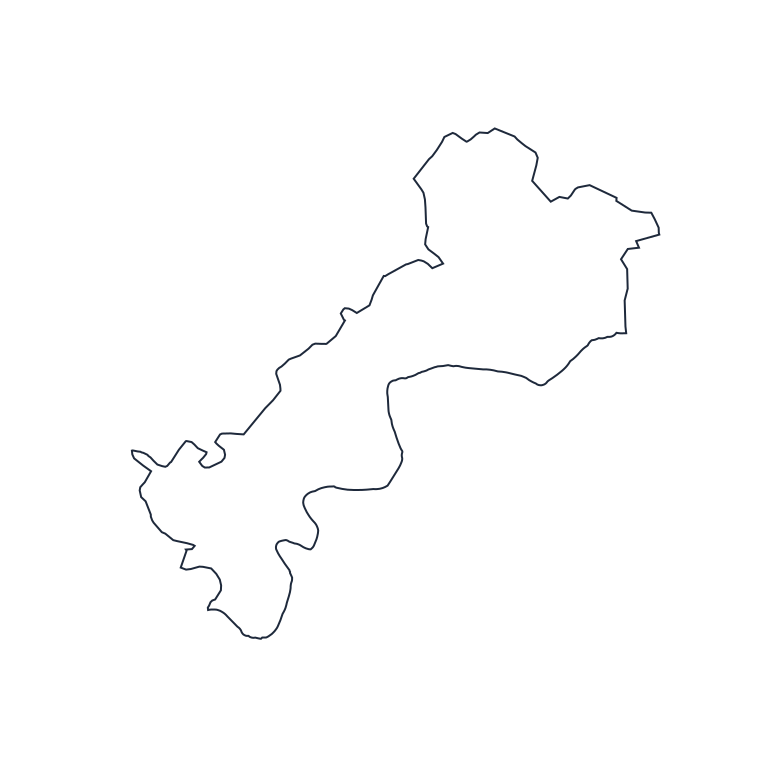 Samannud, Al Gharbiyah, Egypt, rotated 32°
{"feature_id": "37247803B28688372464969", "entity_name": "Samannud", "entity_type": "district", "adm_level": 2, "iso_a3": "EGY", "parent_name": "Egypt", "parent_adm1": "Al Gharbiyah", "projection": "albers", "projection_center": [31.248, 30.95], "detail": "fine", "context": "isolated", "style": "outline", "palette": "slate", "viewbox_px": 768, "rotation_deg": 32, "n_neighbors": 0, "source": "geoboundaries", "source_scale": "gbopen_adm2", "svg_char_len": 6164}
<svg xmlns="http://www.w3.org/2000/svg" viewBox="0 0 768 768"><g transform="rotate(32 384 384)"><path d="M205.5,574.1L207.9,577.1L211.5,579.5L223.0,580.8L232.7,581.4L233.2,594.1L232.6,597.1L232.0,600.7L233.2,603.7L238.0,608.6L244.0,609.8L255.4,618.3L256.6,620.1L259.7,622.5L262.1,623.7L274.1,627.4L277.8,626.8L288.0,628.1L291.7,626.9L301.3,623.4L307.4,621.6L309.2,621.6L308.6,625.8L303.7,629.4L304.9,630.0L308.9,647.4L314.5,646.3L318.2,643.3L324.2,636.7L327.3,635.0L335.2,632.0L342.4,633.9L348.4,636.9L352.6,641.1L355.0,645.4L355.0,656.2L353.1,658.6L352.5,661.0L353.1,664.6L353.1,667.0L354.6,668.9L356.1,667.5L357.6,666.4L359.9,665.0L361.6,664.1L362.6,663.8L363.4,663.6L365.2,663.2L367.1,663.1L369.0,663.1L370.3,663.2L372.1,663.5L374.7,664.2L388.4,667.5L390.0,667.6L390.8,667.8L391.6,668.0L393.2,668.7L394.8,669.9L396.0,670.5L397.4,670.9L398.8,670.9L400.2,670.7L400.9,670.4L401.5,670.1L402.6,669.4L404.0,669.6L404.7,669.5L406.1,669.2L407.5,668.6L408.1,668.2L409.2,667.3L412.2,666.3L414.0,665.6L414.7,665.2L415.1,663.5L416.9,662.4L418.0,661.7L418.6,661.2L419.7,659.3L420.5,657.4L421.3,655.5L421.8,653.5L422.2,651.5L422.4,649.4L422.5,647.4L422.3,645.4L421.3,639.2L419.8,632.7L419.7,630.4L419.5,628.2L419.1,626.0L418.7,624.6L418.3,623.2L417.5,620.9L415.9,614.8L414.6,610.5L413.5,607.8L412.9,606.5L411.9,604.8L411.0,602.8L410.7,601.8L410.2,599.7L409.8,598.8L408.7,596.9L407.3,595.9L404.4,594.0L403.9,593.1L403.1,592.7L402.5,592.0L395.1,589.0L389.3,586.3L387.0,585.3L383.9,583.7L380.9,581.8L379.9,581.1L379.0,579.9L378.6,579.2L378.3,578.4L378.0,577.4L377.9,576.7L378.0,575.2L378.3,573.7L378.8,572.9L380.4,571.1L382.2,569.4L383.5,568.3L385.1,567.9L387.2,567.9L388.1,567.7L390.8,567.0L392.5,566.7L394.3,565.9L395.2,565.6L397.2,565.2L398.3,565.1L402.1,565.1L404.6,564.8L405.8,564.5L407.6,564.0L408.7,563.5L409.4,563.1L409.6,562.5L410.0,561.0L410.2,560.1L410.2,558.3L409.3,553.1L409.0,551.4L408.3,548.9L407.1,545.7L405.9,543.2L404.4,541.6L402.7,540.3L400.9,539.2L399.9,538.8L398.9,538.4L396.3,537.7L394.3,537.1L391.6,536.1L389.0,534.9L386.4,533.6L384.8,532.6L382.4,531.1L380.1,529.4L378.9,528.1L378.3,527.4L377.5,525.8L376.9,524.1L376.7,523.3L376.6,522.4L376.6,521.5L376.9,519.6L377.5,517.6L378.4,515.8L378.9,514.9L380.2,513.3L382.3,511.3L383.9,508.4L384.8,507.1L386.2,505.3L388.4,503.0L390.7,500.9L392.6,499.5L394.5,498.3L395.7,497.4L396.6,497.2L397.4,497.4L398.7,497.1L404.2,495.1L409.2,492.9L414.9,489.7L417.6,488.0L421.6,485.4L425.4,482.7L430.8,478.6L432.2,477.9L433.8,476.8L435.8,475.2L436.7,474.3L438.0,472.9L439.5,470.8L440.9,468.3L441.0,463.6L441.0,447.8L440.8,444.5L440.3,441.3L439.9,439.5L439.5,438.6L439.2,437.9L438.7,437.2L437.6,436.1L436.7,434.9L436.1,433.5L435.6,431.9L435.1,431.3L434.4,430.9L433.5,430.5L432.1,429.7L428.0,426.8L423.0,422.8L418.4,418.8L416.6,417.6L414.7,416.2L413.5,415.2L411.8,413.6L410.8,412.4L409.2,410.5L406.9,408.9L405.3,407.7L403.8,406.3L402.5,404.9L401.6,403.7L394.1,393.0L392.7,391.4L391.7,390.2L390.4,388.1L389.3,385.8L388.3,382.7L388.1,381.3L388.2,379.9L388.7,378.4L389.1,377.7L389.6,376.7L390.7,375.6L391.9,374.7L392.9,373.0L394.0,371.4L395.0,370.4L395.7,369.8L397.1,368.9L398.3,368.4L399.0,368.0L399.9,367.2L400.4,366.2L400.8,365.4L402.9,363.4L404.2,361.9L405.8,359.7L407.5,356.5L408.2,355.8L408.7,355.3L409.5,353.8L411.1,352.2L412.4,350.7L413.0,349.9L414.0,348.1L416.0,345.6L418.0,343.0L419.2,341.8L420.2,340.6L422.4,339.0L424.5,337.5L428.4,334.0L431.1,333.1L433.4,332.2L434.8,331.0L435.6,330.4L437.3,329.5L438.2,329.1L440.9,328.3L442.8,327.6L444.6,326.9L447.2,325.7L460.3,319.1L463.2,317.3L466.4,315.7L469.8,314.3L473.9,313.0L477.5,311.1L481.2,309.5L483.1,308.8L490.1,306.5L496.0,304.4L498.7,303.9L501.4,303.5L505.0,303.8L507.5,303.7L510.0,303.5L512.4,303.1L514.2,303.2L515.7,302.9L517.1,302.3L518.4,301.5L519.4,300.4L520.3,299.2L520.9,297.8L521.1,297.0L521.2,296.3L521.3,295.2L521.9,293.5L523.7,289.7L525.9,284.4L527.9,278.7L528.6,276.3L529.2,273.8L529.6,271.3L529.8,268.8L529.8,266.0L531.2,262.4L532.2,258.9L532.8,256.2L533.5,251.8L534.2,248.8L534.9,246.7L536.1,243.9L536.3,243.2L536.2,242.2L536.2,240.2L536.5,238.2L537.0,236.8L538.8,235.3L539.5,234.6L540.7,233.0L541.8,231.3L543.5,230.5L545.1,229.5L545.8,228.9L547.1,227.6L548.5,225.6L550.0,224.7L550.6,224.3L551.8,223.2L552.7,221.9L553.4,220.4L553.8,218.9L554.0,217.4L555.9,216.6L557.5,215.8L559.9,214.3L562.5,212.6L558.3,207.3L543.8,185.6L540.4,174.9L540.2,174.1L529.3,157.7L518.9,152.6L519.2,140.3L528.0,133.3L522.1,129.2L538.3,111.4L536.9,110.1L534.1,105.9L526.3,100.8L519.9,97.1L514.6,100.2L502.2,105.7L484.0,105.6L482.6,102.9L453.0,106.4L444.3,114.5L443.0,117.1L442.8,118.1L442.6,125.2L441.6,129.3L433.6,132.4L428.8,141.0L402.0,133.2L397.3,117.8L394.5,110.7L389.8,107.4L378.0,107.3L373.4,106.8L367.5,106.0L363.6,104.9L342.5,108.6L339.0,116.2L331.7,120.1L329.8,123.9L329.2,126.3L327.9,130.6L326.1,134.2L325.5,134.8L320.1,134.7L312.2,134.1L309.2,134.7L304.3,142.5L304.9,147.9L304.8,157.5L304.2,165.3L303.0,169.5L300.4,194.2L312.5,199.1L316.1,200.9L320.9,205.8L325.7,212.4L334.7,225.7L337.1,227.5L338.3,227.5L342.5,239.0L344.9,243.8L350.3,246.3L357.6,246.9L363.0,247.5L370.3,250.6L363.6,260.2L357.5,258.9L352.7,258.9L350.3,259.5L347.3,260.7L340.6,269.7L339.3,270.9L329.6,288.3L327.8,291.9L326.5,292.5L327.6,314.7L328.8,319.0L330.0,325.0L323.3,338.2L317.9,338.2L314.2,338.7L310.6,340.5L310.0,342.3L310.0,347.1L316.0,350.8L317.2,350.8L317.7,368.9L314.0,380.3L313.4,380.9L312.2,381.5L310.4,382.7L304.3,386.2L302.5,388.6L301.3,394.0L297.6,404.3L291.5,412.0L290.3,413.8L289.1,419.2L287.8,423.5L286.6,425.9L286.0,428.3L286.0,430.1L287.2,432.5L296.2,439.8L298.6,442.8L299.8,444.6L298.5,456.6L296.1,467.4L291.7,501.1L285.0,504.7L280.2,507.1L272.9,511.9L271.7,513.7L271.6,522.7L273.4,523.3L276.5,523.9L283.1,524.6L286.7,528.2L287.9,531.2L287.3,536.0L280.0,547.4L276.3,549.8L273.3,549.8L268.5,547.9L269.1,544.9L269.7,542.5L270.3,537.7L269.7,535.9L265.5,536.5L260.1,537.1L255.2,535.8L251.6,535.2L246.8,537.0L246.2,537.6L244.9,548.4L244.8,562.9L244.2,564.0L243.6,568.3L242.4,570.1L239.4,571.2L234.5,572.4L229.1,571.2L224.9,570.0L222.4,569.9L220.9,569.4L216.4,569.9L214.6,570.5L213.4,570.5L210.9,571.7L206.1,573.5L205.5,574.1Z" fill="none" stroke="#1e293b" stroke-width="2"/></g></svg>